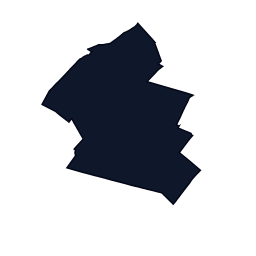 the district of Stoicanesti, Olt, Romania, rotated 151°
{"feature_id": "2599482B66370938976982", "entity_name": "Stoicanesti", "entity_type": "district", "adm_level": 2, "iso_a3": "ROU", "parent_name": "Romania", "parent_adm1": "Olt", "projection": "natural_earth1", "projection_center": [24.65, 44.228], "detail": "fine", "context": "isolated", "style": "filled", "palette": "ink", "viewbox_px": 256, "rotation_deg": 151, "n_neighbors": 0, "source": "geoboundaries", "source_scale": "gbopen_adm2", "svg_char_len": 5522}
<svg xmlns="http://www.w3.org/2000/svg" viewBox="0 0 256 256"><g transform="rotate(151 128 128)"><path d="M113.1,215.0L114.5,215.1L116.7,215.3L117.1,215.4L117.7,215.5L118.4,215.6L119.9,215.7L121.3,215.9L122.3,216.0L123.7,216.2L124.9,216.5L125.0,216.4L124.9,216.1L124.0,214.6L123.8,214.1L123.1,213.0L122.7,212.4L122.8,212.4L123.1,212.3L123.3,212.2L124.7,211.5L125.2,211.3L125.8,211.1L126.1,211.0L126.2,210.9L126.7,210.6L126.9,210.6L127.1,210.8L127.3,210.9L127.6,211.1L127.7,211.3L127.8,211.4L128.0,211.4L128.3,211.5L128.8,211.6L129.0,211.6L129.4,211.6L129.7,211.6L130.1,211.6L130.4,211.6L130.6,211.7L131.1,211.7L131.4,211.7L131.6,211.8L131.8,211.8L132.0,211.8L132.4,211.7L132.5,211.7L132.8,211.7L134.0,211.5L134.6,211.4L135.2,211.3L135.3,211.3L135.7,211.5L135.8,211.5L136.4,211.6L136.5,211.6L136.9,211.5L137.0,211.5L138.0,211.2L139.0,211.0L139.9,210.7L141.2,210.2L142.2,209.8L150.3,207.4L150.5,207.3L151.2,207.0L152.4,206.6L152.9,206.5L154.2,206.1L155.3,205.7L167.1,202.0L167.1,201.9L167.4,202.0L168.2,201.8L169.1,201.6L170.9,201.0L174.7,199.7L176.0,199.3L177.0,199.1L178.8,198.5L179.1,198.4L179.5,198.1L184.2,195.1L191.7,190.3L183.3,177.7L181.6,173.1L178.8,166.6L178.6,166.3L178.5,166.0L178.3,165.4L178.0,164.8L177.6,163.9L177.4,163.6L177.2,163.0L177.0,162.6L177.0,162.4L176.8,161.8L175.3,162.5L174.5,162.9L173.9,163.2L172.8,163.7L172.7,163.5L172.7,163.3L172.7,162.8L172.7,162.5L172.7,162.1L172.7,161.6L172.6,160.6L172.7,159.8L172.7,158.2L172.7,157.1L172.6,156.3L172.6,155.9L172.6,155.7L172.6,155.3L172.6,154.9L172.6,152.9L172.6,151.4L172.6,150.8L172.5,150.3L172.5,149.7L172.5,149.0L172.5,148.4L172.5,147.9L172.5,147.1L172.5,145.5L172.4,141.1L172.4,140.3L172.4,140.0L181.2,137.1L184.1,136.1L185.3,135.6L184.9,134.8L184.7,134.2L184.7,133.9L186.2,132.4L186.5,131.6L186.8,130.8L187.1,129.9L187.1,129.7L186.9,129.3L200.7,122.8L189.5,111.6L187.6,109.8L186.5,108.8L185.0,107.3L184.3,106.6L183.4,105.8L182.3,104.7L181.8,104.2L181.6,104.0L181.1,103.5L180.5,102.9L180.1,102.6L179.5,102.0L179.0,101.5L177.9,100.6L177.5,100.2L177.0,99.7L175.8,98.5L175.5,98.2L175.1,97.9L174.2,97.0L173.8,96.6L173.5,96.3L173.0,95.9L172.5,95.4L171.9,94.9L171.8,94.7L171.5,94.4L170.9,93.8L170.7,93.6L170.5,93.4L170.3,93.2L170.1,93.0L169.8,92.7L169.5,92.4L169.2,92.1L168.8,91.7L168.4,91.4L168.1,91.0L167.9,90.9L167.3,90.2L166.6,89.6L165.8,88.9L165.4,88.5L165.0,88.0L164.5,87.6L164.2,87.3L164.1,87.2L162.9,86.1L162.4,85.6L161.5,84.8L161.1,84.4L158.6,82.0L158.2,81.6L157.0,80.5L156.6,80.1L155.6,79.1L155.3,78.8L153.3,76.8L152.9,76.4L152.6,76.1L152.0,75.6L151.7,75.3L151.3,74.9L150.3,74.0L149.8,73.5L149.5,73.2L149.0,72.9L148.4,72.3L148.0,71.9L146.4,70.5L146.1,70.1L145.8,69.8L145.4,69.4L144.9,69.0L143.9,68.0L143.1,67.3L142.7,67.1L142.6,66.9L142.2,66.5L141.7,66.0L141.0,65.3L140.0,64.4L137.8,62.4L136.5,61.2L135.6,60.4L135.0,59.8L134.2,59.0L133.3,58.2L133.0,57.8L131.6,56.6L129.9,55.0L129.9,54.9L129.7,54.7L129.4,53.6L129.1,52.6L129.0,52.0L128.6,50.8L128.1,49.2L128.0,48.6L127.4,46.6L127.2,46.1L126.9,44.8L126.7,44.1L126.2,42.7L126.1,42.1L126.0,41.9L125.9,41.5L125.7,40.8L125.6,40.3L125.5,39.8L125.4,39.5L125.0,39.7L124.2,39.9L124.0,40.0L123.2,40.3L121.9,40.8L121.3,41.1L120.5,41.5L119.9,41.8L119.5,42.0L118.7,42.3L117.6,42.8L117.0,43.0L115.8,43.6L115.3,43.8L114.8,44.0L113.9,44.5L113.5,44.6L113.4,44.7L111.2,45.6L110.8,45.8L108.5,46.8L108.0,47.0L106.4,47.7L106.0,47.9L105.4,48.1L104.3,48.6L102.9,49.2L101.8,49.6L101.0,50.0L100.6,50.2L100.0,50.5L99.1,51.0L98.8,51.2L97.6,51.7L97.3,51.9L96.3,52.3L93.0,53.5L91.2,54.1L90.0,54.5L89.1,54.7L88.1,55.0L86.9,55.4L86.6,55.5L85.2,55.9L88.4,64.4L90.1,69.0L93.8,78.3L95.1,81.6L82.2,87.4L81.4,87.7L79.3,88.6L77.4,89.3L75.2,90.1L75.6,90.7L75.6,90.8L75.6,91.0L75.6,91.6L75.6,92.0L75.6,92.8L77.4,95.1L80.5,98.9L81.5,100.2L82.6,101.7L83.8,103.1L84.3,103.9L82.4,105.0L82.5,105.0L82.7,105.4L83.2,106.0L83.4,106.3L83.5,106.4L83.6,106.8L83.7,107.1L83.8,107.3L83.9,107.5L84.0,107.8L83.9,107.9L83.6,107.7L82.9,108.1L82.2,108.7L81.7,109.0L81.4,109.3L80.9,109.6L78.1,111.5L76.0,113.0L75.5,113.4L75.4,113.5L75.1,113.8L74.8,114.0L74.5,114.2L73.5,114.9L73.0,115.2L72.8,115.4L72.7,115.6L71.8,116.2L71.1,116.7L70.0,117.4L69.6,117.7L69.0,118.2L68.6,118.5L68.0,118.9L67.7,119.1L67.5,119.3L67.2,119.4L66.8,119.7L66.3,120.0L65.9,120.3L65.7,120.5L64.8,121.1L64.3,121.4L64.2,121.4L63.7,121.7L63.4,122.0L62.5,122.6L62.0,123.0L61.8,123.2L61.5,123.4L60.2,124.4L59.9,124.7L59.6,124.8L59.3,124.9L59.0,124.9L58.6,124.9L58.4,124.9L57.9,125.0L57.2,125.1L56.6,125.1L55.8,125.0L55.5,125.2L55.3,125.2L55.8,125.8L57.2,127.3L60.9,131.2L61.7,132.0L68.3,138.6L76.1,146.4L86.8,157.2L88.9,159.2L87.4,159.9L86.7,160.1L84.8,160.7L81.5,161.7L77.9,162.8L74.5,164.0L72.3,164.5L70.6,164.7L67.8,165.1L70.5,169.3L66.6,170.5L66.4,170.7L65.6,176.5L65.2,178.4L63.5,189.6L62.9,189.6L63.9,194.4L64.5,196.9L67.5,209.7L68.7,214.8L69.1,214.6L69.5,214.3L69.9,214.1L70.4,213.9L70.7,213.8L71.1,213.7L71.5,213.6L71.8,213.6L72.3,213.4L72.9,213.1L73.1,213.1L74.3,213.2L75.5,213.1L76.1,213.1L77.0,213.0L77.5,212.9L77.9,212.9L78.7,212.8L79.1,212.8L80.1,212.8L80.6,212.8L82.1,212.9L82.9,212.9L83.4,212.9L83.8,213.0L84.3,213.1L84.7,213.2L85.0,213.2L85.3,213.2L86.2,213.0L86.9,212.9L87.9,212.7L90.5,212.2L91.4,212.0L92.3,211.9L93.9,211.7L95.2,211.4L96.5,211.3L97.5,211.2L98.3,211.1L99.3,211.0L100.1,210.9L101.0,210.8L101.8,210.7L102.3,210.5L102.5,210.5L104.7,211.3L105.5,211.6L106.4,211.9L107.0,212.1L107.9,212.4L108.3,212.5L109.6,213.0L109.9,213.2L110.0,213.2L111.1,213.8L111.6,214.1L112.2,214.5L112.9,214.8L113.1,215.0Z" fill="#0f172a" stroke="#020617" stroke-width="1.5"/></g></svg>